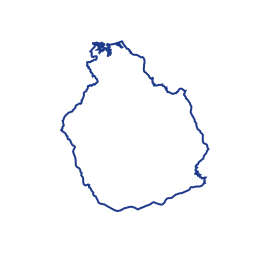 an SVG outline of Paraná, rotated 235°
{"feature_id": "BRA-613", "entity_name": "Paraná", "entity_type": "State", "adm_level": 1, "iso_a3": "BRA", "parent_name": "Brazil", "parent_adm1": "", "projection": "natural_earth1", "projection_center": [-50.532, -24.613], "detail": "fine", "context": "isolated", "style": "outline", "palette": "blue", "viewbox_px": 256, "rotation_deg": 235, "n_neighbors": 0, "source": "natural_earth", "source_scale": "10m", "svg_char_len": 5901}
<svg xmlns="http://www.w3.org/2000/svg" viewBox="0 0 256 256"><g transform="rotate(235 128 128)"><path d="M44.8,133.0L46.1,128.5L45.7,124.2L46.0,123.1L47.4,120.7L47.7,119.6L47.7,118.7L47.1,116.9L46.2,115.6L45.6,112.8L45.9,111.8L46.5,110.9L48.0,109.6L49.1,108.9L49.9,108.1L52.0,106.9L52.6,106.3L52.8,104.8L52.8,101.9L53.1,100.6L53.9,98.0L54.2,96.1L55.4,91.2L55.5,89.7L56.0,89.1L58.4,88.1L61.3,85.9L62.1,84.9L64.4,78.7L64.6,75.9L64.8,74.6L65.9,72.0L66.7,71.1L68.7,69.7L77.3,65.5L78.7,65.0L81.6,62.2L83.3,61.2L84.8,61.2L86.3,61.8L87.5,61.8L90.2,62.3L90.9,62.1L92.4,61.2L93.4,61.3L95.0,62.6L97.0,62.2L100.7,62.7L101.7,62.1L102.6,62.5L103.3,63.6L104.0,63.4L104.5,63.0L105.4,60.2L106.0,59.8L107.4,59.6L109.7,60.5L112.7,62.5L113.9,62.7L115.7,62.5L116.3,62.7L117.6,64.2L119.1,63.9L121.1,64.8L122.7,65.0L123.7,64.7L124.9,63.9L127.2,63.8L129.4,65.1L131.7,66.7L133.6,67.6L140.0,69.4L140.6,69.9L141.7,71.5L142.6,73.4L143.1,73.7L144.2,73.6L145.6,72.8L146.1,72.7L149.2,73.0L150.2,73.5L152.0,73.3L152.3,73.5L153.1,72.5L153.5,72.4L154.0,72.5L155.7,73.6L156.1,73.7L156.5,73.2L156.9,73.1L158.4,73.6L160.7,73.3L163.3,72.3L164.2,72.6L164.2,72.1L164.7,72.1L165.0,72.9L164.9,73.7L165.2,74.0L166.4,74.8L166.6,75.2L166.5,76.1L167.0,76.8L167.3,77.1L168.7,77.4L170.4,78.4L171.4,78.5L171.6,79.6L173.1,81.6L174.0,83.7L174.6,88.1L173.5,92.0L174.2,92.9L174.3,94.7L174.8,96.2L175.4,97.1L176.2,98.0L176.3,98.5L175.9,102.1L175.6,102.9L175.0,103.1L175.1,104.1L175.9,104.7L176.4,105.6L176.8,105.8L177.3,105.8L177.4,106.5L177.9,107.6L179.1,109.6L179.5,109.9L180.3,110.9L181.7,111.6L182.3,112.8L182.2,115.3L183.0,115.9L183.7,118.0L185.0,118.9L185.3,119.4L185.0,120.1L184.5,120.6L184.9,121.3L184.8,121.6L183.3,122.6L183.4,122.9L183.9,123.4L183.7,124.2L183.7,125.0L183.5,125.3L182.8,125.3L182.6,125.7L182.7,126.4L183.1,127.5L183.0,128.9L183.2,129.7L185.8,130.6L187.3,130.1L188.8,130.4L189.9,130.3L190.6,129.8L190.5,128.7L191.1,128.8L191.9,129.8L192.6,130.0L195.5,129.9L195.3,129.6L196.0,129.6L197.3,130.7L197.8,130.5L199.3,130.5L199.7,130.3L199.8,130.0L200.1,130.0L200.4,130.9L200.7,131.0L201.9,130.2L202.7,130.2L203.5,131.4L205.1,132.0L205.3,132.3L204.7,133.7L203.7,134.4L203.7,134.7L203.8,136.7L203.3,137.3L203.2,137.8L203.4,138.8L203.3,139.6L202.4,140.7L203.0,142.4L204.6,143.4L204.9,143.3L205.4,142.3L205.9,141.8L206.0,140.3L207.1,139.3L207.9,139.8L208.7,139.9L209.2,140.4L209.4,141.0L210.8,141.2L211.0,141.7L211.3,141.8L212.3,141.1L213.4,145.5L213.4,146.8L213.6,147.3L214.4,147.9L216.0,148.4L216.5,148.4L217.2,147.7L217.6,148.1L216.4,149.9L216.0,151.3L213.9,152.7L213.1,154.3L212.8,155.6L212.3,155.7L211.9,155.3L211.6,154.6L212.4,151.7L213.0,151.0L215.0,149.8L214.7,149.5L213.7,150.1L212.2,150.5L211.7,151.0L210.7,150.1L210.8,151.0L210.4,151.8L209.8,152.3L209.4,152.4L209.8,151.2L209.4,151.4L209.3,151.1L209.6,148.1L208.6,149.5L208.3,149.5L208.9,150.2L208.5,150.6L207.4,149.9L206.7,148.6L206.6,149.2L206.1,148.8L206.8,151.2L204.9,151.5L206.3,152.0L206.6,152.4L206.2,152.7L206.0,153.1L206.6,153.0L207.2,154.0L207.1,154.6L206.3,154.8L205.9,156.0L205.6,156.2L204.9,156.0L204.4,155.3L203.8,155.5L203.3,155.3L203.1,155.7L202.8,155.7L201.2,155.2L199.8,154.1L198.2,152.2L198.9,154.5L199.5,155.1L199.8,155.8L199.7,156.1L198.6,155.9L199.1,156.9L201.6,156.9L201.4,157.3L200.9,157.1L200.6,157.5L201.7,158.0L201.9,158.4L202.2,157.9L203.2,157.9L204.2,157.5L205.7,158.4L204.7,159.3L205.3,159.6L206.0,158.6L207.4,158.8L207.9,158.4L208.6,159.3L206.6,161.0L204.3,165.8L204.3,166.7L203.7,168.3L203.2,168.1L202.8,167.5L202.4,167.4L202.7,166.7L202.0,166.9L201.5,167.4L202.3,167.8L202.6,168.5L200.7,168.3L198.2,168.5L197.5,169.0L197.5,169.6L198.2,169.2L202.6,169.2L203.1,169.0L203.2,169.8L202.5,172.7L201.4,172.8L200.7,172.4L193.4,172.6L193.0,173.3L192.6,173.6L191.1,173.8L190.3,173.4L189.9,173.9L189.3,173.7L188.5,173.9L188.3,173.2L188.0,173.1L187.3,173.6L185.3,174.3L184.3,175.2L183.1,176.9L180.9,178.2L178.8,178.9L178.3,179.3L177.8,180.6L176.1,180.9L175.0,180.7L173.0,179.7L171.5,178.6L171.1,177.8L169.0,176.3L167.2,174.6L165.9,174.2L165.5,173.8L164.2,173.7L163.3,174.3L158.8,175.1L157.3,174.6L156.0,174.7L155.1,175.5L155.1,176.8L154.8,177.0L154.1,176.7L153.6,175.4L152.1,175.1L151.5,174.2L149.2,174.1L148.0,173.6L147.8,173.9L148.8,174.8L146.7,175.3L146.4,175.6L145.6,178.1L144.4,179.8L143.9,181.1L143.2,180.6L142.5,180.7L141.2,181.7L139.9,181.7L139.3,182.5L138.8,181.4L138.3,181.4L137.8,182.1L136.8,181.1L135.4,181.4L134.8,181.0L133.3,182.6L131.0,183.6L130.0,184.7L129.7,186.1L128.9,187.6L129.5,188.6L129.2,189.7L130.3,192.0L130.3,193.2L129.9,194.0L129.1,194.7L126.3,195.5L126.0,195.6L125.5,196.4L124.6,194.8L123.8,194.1L123.6,193.2L123.2,192.9L120.2,193.1L119.1,192.4L117.6,193.0L113.1,193.0L111.3,192.4L109.5,192.4L106.7,190.2L106.1,189.2L104.2,188.1L103.5,188.2L101.4,187.7L100.3,187.9L98.7,187.5L97.2,187.5L94.9,186.5L92.2,186.5L91.8,186.0L91.4,185.7L87.5,184.4L84.0,185.4L82.8,184.8L81.3,185.3L79.4,185.4L74.8,182.0L72.8,181.3L72.1,181.4L69.5,182.9L68.4,182.9L67.5,182.3L65.8,181.8L64.5,181.8L64.3,180.5L62.5,177.5L61.6,174.3L59.7,172.1L59.8,170.8L59.5,169.0L59.5,166.5L58.3,164.7L58.2,164.3L58.5,163.5L57.9,161.6L57.6,161.2L56.5,161.9L56.0,162.0L55.7,160.5L55.2,159.4L54.3,159.0L53.6,159.3L52.8,158.6L52.7,158.9L52.8,160.0L52.7,160.2L52.4,160.2L51.7,159.3L51.7,158.7L52.2,157.0L51.9,156.8L50.6,158.1L49.2,158.0L49.9,159.6L48.5,159.5L48.1,160.2L47.3,158.8L46.9,158.7L46.3,158.8L45.6,159.7L44.6,159.5L44.3,159.6L44.1,159.9L44.1,160.9L43.2,161.7L43.3,162.8L42.9,163.2L42.7,162.6L42.6,161.6L42.2,161.1L41.2,160.5L40.6,160.6L40.2,159.4L39.8,159.3L38.8,159.4L39.0,157.8L38.4,155.9L38.5,154.8L38.8,153.6L39.4,152.4L40.1,151.6L41.3,149.7L41.9,147.6L43.1,146.1L43.4,145.5L43.3,144.9L42.3,143.0L42.4,141.8L43.8,134.8L44.8,133.0ZM209.7,153.2L211.1,152.0L211.5,152.0L211.6,152.6L211.2,154.6L211.2,155.2L211.5,155.9L210.5,156.6L210.0,156.5L209.6,155.9L209.7,155.1L209.2,154.6L209.2,154.0L209.7,153.2Z" fill="none" stroke="#1e3a8a" stroke-width="2"/></g></svg>